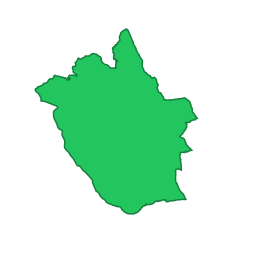 outline of Oiba, Santander, Colombia, rotated 137°
{"feature_id": "7082276B26370830430673", "entity_name": "Oiba", "entity_type": "district", "adm_level": 2, "iso_a3": "COL", "parent_name": "Colombia", "parent_adm1": "Santander", "projection": "robinson", "projection_center": [-73.296, 6.231], "detail": "fine", "context": "isolated", "style": "filled", "palette": "green", "viewbox_px": 256, "rotation_deg": 137, "n_neighbors": 0, "source": "geoboundaries", "source_scale": "gbopen_adm2", "svg_char_len": 5751}
<svg xmlns="http://www.w3.org/2000/svg" viewBox="0 0 256 256"><g transform="rotate(137 128 128)"><path d="M172.1,60.3L170.0,60.6L168.0,59.3L167.1,59.3L167.1,59.9L166.2,59.3L165.6,58.3L164.8,57.5L162.2,56.0L160.7,55.6L157.9,55.6L157.1,55.3L156.6,54.8L156.6,54.2L155.9,53.8L155.3,53.8L154.7,52.9L152.8,52.2L151.5,51.5L151.0,51.3L150.7,50.9L150.6,50.3L150.3,50.2L150.0,50.5L149.8,50.5L149.7,50.2L149.7,49.0L150.2,48.5L150.3,48.2L150.2,47.8L149.8,47.5L148.0,46.3L146.4,45.7L146.1,45.5L145.4,44.6L145.0,44.2L141.9,42.4L139.7,40.9L138.4,39.6L137.8,39.4L137.0,38.9L134.8,36.5L134.3,36.3L134.1,38.1L133.1,40.1L132.7,42.1L132.7,44.5L132.9,45.0L132.8,46.3L132.4,48.0L131.0,52.0L130.0,53.9L130.0,55.3L129.5,56.4L127.5,58.9L124.6,61.6L122.4,64.2L121.6,64.7L121.1,64.9L120.3,64.6L119.5,64.0L119.1,63.2L118.5,63.0L118.1,62.5L117.9,60.9L117.5,60.9L116.9,61.8L114.1,65.0L112.3,67.9L111.5,68.6L111.2,68.6L111.0,68.9L110.8,69.6L109.7,71.8L107.9,72.9L107.4,74.1L107.1,74.2L106.3,74.0L104.4,73.0L104.4,72.7L103.2,71.3L103.0,71.2L102.5,71.6L101.7,71.6L101.4,71.5L101.5,70.4L101.0,70.0L99.5,69.7L97.1,68.7L96.5,68.3L96.5,70.7L96.8,71.8L96.8,72.7L96.6,73.4L96.7,73.9L96.6,74.9L96.7,75.9L96.5,76.4L96.6,76.8L96.3,77.0L96.0,77.6L95.8,77.7L95.4,79.1L95.1,79.6L95.0,80.2L94.4,81.1L94.5,82.5L96.3,86.3L95.6,86.6L92.0,86.5L90.9,87.0L88.9,87.3L88.3,87.8L87.3,87.6L86.6,87.7L85.8,88.3L84.4,88.6L83.8,89.9L82.6,90.3L82.4,90.9L82.5,93.2L82.2,92.7L81.4,92.5L81.1,92.1L80.8,91.3L79.8,91.0L79.1,90.2L78.6,90.0L77.6,90.3L76.9,90.2L75.5,89.7L74.0,88.8L73.1,88.1L71.3,88.4L70.8,87.9L70.5,90.4L70.2,91.0L70.4,91.8L70.3,92.5L70.0,93.3L69.9,95.8L69.2,96.8L67.7,98.6L67.0,101.1L65.9,102.5L65.9,103.2L65.0,104.8L65.1,105.9L64.8,106.7L65.3,107.4L65.4,109.1L65.8,110.0L65.9,111.3L67.3,112.3L68.7,112.8L69.6,113.7L70.2,113.9L71.3,115.1L72.4,115.6L73.4,116.5L75.9,118.1L77.4,118.9L77.8,119.8L80.1,121.2L81.6,123.5L82.4,124.3L81.1,126.3L81.0,127.6L80.3,130.7L80.3,131.8L80.8,132.3L80.9,132.8L80.8,134.5L80.0,135.6L79.7,137.0L79.4,137.5L76.4,139.1L76.0,141.5L75.6,142.2L74.4,143.6L74.3,144.5L74.1,144.8L74.1,146.4L74.2,147.1L75.6,147.3L75.7,147.9L76.4,148.3L76.4,149.2L76.7,149.8L76.1,150.9L77.0,152.9L77.0,154.0L77.1,154.5L77.0,155.1L77.2,156.8L77.6,157.5L77.6,158.4L76.8,159.9L75.8,163.1L75.1,163.9L71.7,167.2L71.3,168.2L71.1,170.4L70.7,172.2L70.1,173.5L69.4,177.7L69.0,178.8L67.7,181.3L66.7,185.9L66.4,186.3L65.8,186.7L65.6,187.1L65.0,189.7L63.3,193.9L61.3,199.8L61.2,200.4L61.9,201.1L62.1,201.9L63.0,201.8L64.4,202.2L66.5,202.6L68.3,202.5L69.7,201.5L71.7,200.8L72.6,200.0L72.9,199.4L73.4,198.9L73.9,197.9L74.2,197.6L75.8,197.7L77.0,197.2L77.9,197.4L78.4,196.5L78.8,196.5L80.0,197.3L81.0,197.3L81.2,197.0L81.2,196.4L81.5,196.2L82.3,196.5L82.6,196.9L83.0,197.1L83.7,196.8L83.9,196.4L84.2,196.3L84.5,196.7L85.0,196.6L85.0,196.4L84.8,196.2L85.1,196.1L85.1,196.5L85.4,196.2L85.8,195.2L87.3,193.6L87.4,193.3L87.7,193.0L87.7,192.1L87.4,191.8L87.8,190.9L88.1,190.7L88.7,190.8L89.2,190.6L91.2,188.6L91.3,188.3L90.7,188.0L90.2,187.1L90.3,186.9L90.6,186.9L90.2,186.5L89.9,185.5L89.9,185.3L90.4,185.3L90.1,184.9L90.0,184.3L90.6,184.6L91.9,184.6L91.9,183.7L92.8,183.2L93.4,183.2L93.8,182.9L94.4,181.8L95.4,181.0L95.3,180.4L95.4,180.2L96.6,180.6L97.2,181.4L97.8,181.8L98.1,181.8L100.1,184.2L100.1,184.7L99.9,185.5L100.2,188.4L101.2,189.6L101.7,190.8L102.1,193.1L101.4,195.9L100.1,197.2L99.8,197.9L99.7,199.4L100.6,201.0L100.6,201.8L100.4,202.2L100.9,203.6L102.6,206.1L103.9,206.8L107.1,207.1L108.2,207.8L109.9,209.6L110.4,209.8L111.5,209.6L112.0,209.4L113.3,210.1L115.2,210.4L116.4,211.7L116.4,212.7L116.7,212.8L117.3,212.9L118.2,212.4L119.9,211.8L121.9,211.8L122.3,211.5L122.8,210.3L123.2,209.7L123.9,209.2L124.4,209.2L126.3,210.5L127.0,210.3L127.7,209.8L127.9,209.5L128.2,208.3L128.6,207.7L129.4,207.0L129.9,206.2L129.9,205.3L129.6,204.2L129.2,201.8L129.3,201.3L129.9,201.0L130.5,201.7L130.8,201.9L131.3,203.3L131.9,204.0L133.4,205.0L134.4,206.2L134.8,206.4L135.3,206.5L136.6,205.7L137.9,206.0L138.1,205.9L138.2,205.5L138.0,205.0L136.6,203.9L136.5,203.7L136.8,203.4L138.0,203.4L139.4,204.1L139.8,205.2L139.8,206.4L139.6,207.3L139.7,207.6L140.5,207.9L140.8,208.9L141.3,209.7L141.4,210.1L141.7,210.5L142.6,211.2L143.2,213.0L143.7,213.6L144.7,214.5L145.2,215.3L145.3,216.1L145.8,216.5L146.4,216.6L146.8,216.5L148.3,215.6L149.4,215.6L150.3,215.9L150.6,216.3L151.7,217.2L153.4,217.3L155.9,216.3L157.9,217.1L158.4,217.5L159.5,218.1L160.0,218.1L160.4,217.8L161.2,217.7L162.1,217.9L166.1,219.5L166.3,219.0L166.6,219.0L168.4,219.7L169.2,219.6L169.8,219.2L170.3,217.6L170.4,216.7L170.0,214.5L170.0,212.6L170.4,212.4L171.2,209.2L171.5,208.7L172.5,207.9L173.2,207.0L171.3,205.1L169.3,201.3L166.2,194.6L165.5,193.5L165.3,192.8L165.4,191.1L166.0,190.6L167.4,190.7L168.2,191.0L170.5,190.9L171.5,190.4L172.3,189.8L174.6,187.0L175.7,184.9L177.2,179.8L178.3,177.3L178.7,176.8L179.0,175.4L179.0,173.8L178.1,172.2L178.0,170.7L178.3,170.1L180.0,169.1L180.9,167.9L181.9,165.6L182.4,163.1L182.8,162.2L183.3,161.4L184.1,160.4L186.4,158.5L187.2,157.6L187.6,157.0L187.9,156.2L188.2,154.5L188.0,150.4L188.5,148.5L188.8,146.4L188.9,143.6L189.2,141.2L190.6,136.1L190.6,135.5L190.3,134.2L189.1,132.3L189.2,131.3L189.6,130.1L189.8,128.0L189.3,123.9L189.4,115.9L189.8,113.8L190.4,113.3L191.2,112.1L192.9,107.8L193.4,105.9L194.4,103.7L194.4,103.1L193.7,101.5L193.7,100.3L194.6,97.5L194.8,96.2L194.6,95.3L194.7,93.5L194.1,92.2L194.1,91.8L194.0,90.3L194.4,89.2L194.3,87.7L193.1,84.7L192.2,83.2L191.7,81.9L190.7,80.2L190.3,79.1L189.2,77.6L187.9,76.2L187.5,75.2L187.7,73.4L187.8,73.0L188.2,72.4L188.2,72.1L187.9,71.5L188.0,70.1L187.8,69.1L187.0,66.5L186.6,65.7L186.0,64.8L184.0,62.9L183.1,61.9L181.9,61.0L180.5,60.8L179.8,60.3L177.8,59.8L175.9,60.0L174.5,59.8L173.2,60.4L172.1,60.3Z" fill="#22c55e" stroke="#15803d" stroke-width="1.5"/></g></svg>